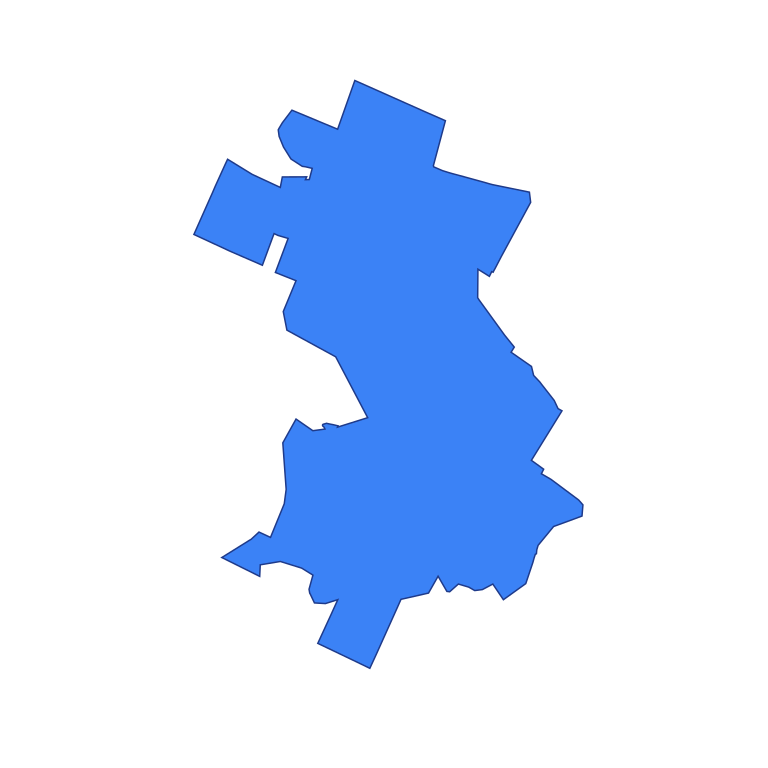 outline of Nacozari de García, Sonora, Mexico, rotated 114°
{"feature_id": "50627088B6815540096020", "entity_name": "Nacozari de García", "entity_type": "district", "adm_level": 2, "iso_a3": "MEX", "parent_name": "Mexico", "parent_adm1": "Sonora", "projection": "orthographic", "projection_center": [-109.467, 30.48], "detail": "fine", "context": "isolated", "style": "filled", "palette": "blue", "viewbox_px": 768, "rotation_deg": 114, "n_neighbors": 0, "source": "geoboundaries", "source_scale": "gbopen_adm2", "svg_char_len": 2007}
<svg xmlns="http://www.w3.org/2000/svg" viewBox="0 0 768 768"><g transform="rotate(114 384 384)"><path d="M486.6,175.4L482.0,176.1L478.0,176.5L477.1,175.7L473.3,177.0L468.7,177.6L445.2,171.1L424.1,149.4L413.5,153.1L410.8,159.0L403.2,192.6L402.0,203.7L396.9,203.5L393.8,218.3L336.1,210.5L335.7,215.0L329.8,221.8L320.2,239.9L318.8,242.4L315.3,250.8L308.0,256.4L303.3,280.8L297.3,280.0L290.3,293.7L268.6,331.2L267.1,333.5L240.9,344.9L242.8,331.5L237.5,331.3L237.5,329.8L235.4,329.7L233.4,329.5L220.1,328.7L190.5,326.4L158.4,323.9L149.6,329.2L157.7,365.8L158.2,368.8L158.9,373.9L162.1,395.0L164.0,407.1L164.6,411.4L165.3,417.4L165.4,426.9L164.4,427.7L118.5,435.0L118.6,457.4L118.6,479.2L118.6,534.1L170.1,530.0L171.3,579.5L186.6,583.1L191.5,583.7L191.8,583.7L192.2,583.8L193.5,583.9L194.8,584.0L195.8,583.4L200.5,580.5L208.4,572.2L216.3,560.5L218.4,547.2L217.5,544.1L216.2,537.3L227.6,535.4L229.3,538.9L226.2,538.9L236.2,561.1L246.6,558.7L246.1,589.7L242.3,618.3L246.9,618.4L272.2,618.6L279.1,618.5L324.7,618.5L325.3,579.7L325.3,576.7L325.0,543.4L295.0,545.4L291.3,545.6L291.4,541.3L290.0,530.8L324.6,528.7L326.3,528.6L325.4,506.4L358.8,505.5L374.3,494.6L375.8,476.3L378.8,439.2L421.4,385.2L442.3,408.9L440.9,408.9L441.9,414.2L442.4,416.3L442.8,418.1L443.3,420.6L443.5,420.8L443.9,421.2L444.3,421.8L444.9,422.3L445.3,423.0L445.8,423.4L446.2,423.5L446.7,423.4L447.1,423.0L447.4,422.7L447.5,422.3L447.6,421.7L447.8,421.3L448.2,420.8L448.6,420.2L449.2,419.6L455.6,430.0L451.8,450.1L478.9,452.5L482.3,450.7L520.1,430.5L534.0,426.4L570.3,425.3L570.1,438.0L579.9,442.2L581.4,443.3L608.5,461.6L610.3,419.3L599.5,423.5L588.3,406.5L585.7,384.4L587.5,371.2L602.0,369.0L605.3,366.8L606.1,365.7L612.3,358.5L608.4,348.2L599.8,338.5L616.7,338.6L647.9,339.0L648.9,300.9L649.5,281.3L634.5,281.1L583.7,280.9L573.8,280.9L556.9,258.3L537.6,256.4L547.9,242.2L547.1,239.5L536.5,234.7L535.1,224.0L535.8,217.1L531.8,210.5L522.5,203.2L532.5,187.2L508.7,173.3L486.6,175.4Z" fill="#3b82f6" stroke="#1e3a8a" stroke-width="1.5"/></g></svg>